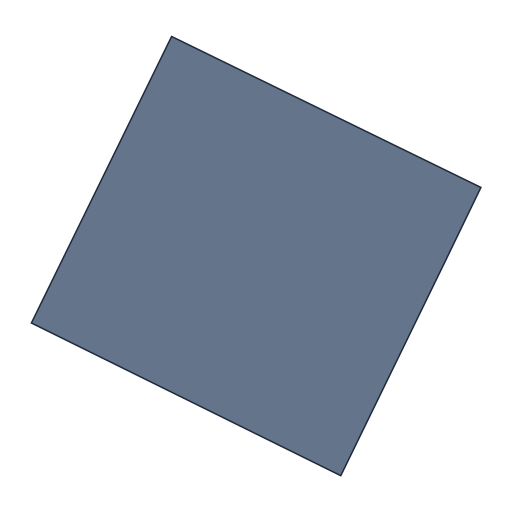 Palo Alto, Iowa, United States of America (Natural Earth projection), rotated 26°
{"feature_id": "52423323B23410218305479", "entity_name": "Palo Alto", "entity_type": "district", "adm_level": 2, "iso_a3": "USA", "parent_name": "United States of America", "parent_adm1": "Iowa", "projection": "natural_earth1", "projection_center": [-94.678, 43.082], "detail": "fine", "context": "isolated", "style": "filled", "palette": "slate", "viewbox_px": 512, "rotation_deg": 26, "n_neighbors": 0, "source": "geoboundaries", "source_scale": "gbopen_adm2", "svg_char_len": 236}
<svg xmlns="http://www.w3.org/2000/svg" viewBox="0 0 512 512"><g transform="rotate(26 256 256)"><path d="M83.9,95.7L83.5,414.7L428.5,416.3L428.4,175.3L428.1,95.8L83.9,95.7Z" fill="#64748b" stroke="#1e293b" stroke-width="1.5"/></g></svg>